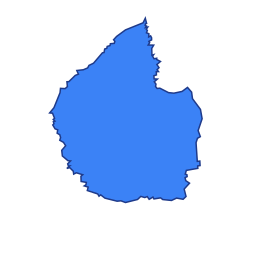 outline of Makueni, Eastern, Kenya, rotated 242°
{"feature_id": "3690345B23299491685856", "entity_name": "Makueni", "entity_type": "district", "adm_level": 2, "iso_a3": "KEN", "parent_name": "Kenya", "parent_adm1": "Eastern", "projection": "robinson", "projection_center": [37.731, -1.955], "detail": "medium", "context": "isolated", "style": "filled", "palette": "blue", "viewbox_px": 256, "rotation_deg": 242, "n_neighbors": 0, "source": "geoboundaries", "source_scale": "gbopen_adm2", "svg_char_len": 1878}
<svg xmlns="http://www.w3.org/2000/svg" viewBox="0 0 256 256"><g transform="rotate(242 128 128)"><path d="M60.4,102.9L61.6,107.2L58.7,110.2L58.4,112.8L55.1,113.2L55.3,117.6L53.2,117.6L51.0,124.0L48.5,125.1L43.6,132.4L43.3,138.0L39.2,143.2L40.3,147.1L47.7,148.9L50.4,156.4L54.4,154.3L57.4,155.1L57.3,157.4L59.1,158.1L60.4,156.9L63.2,159.6L59.6,170.7L61.8,171.7L61.0,174.0L65.1,175.9L66.0,173.5L83.1,181.2L86.3,184.5L86.4,187.8L92.8,188.7L101.4,197.8L110.4,200.7L123.6,198.7L129.8,201.0L135.9,199.6L134.9,192.9L137.2,184.9L140.2,180.4L148.2,174.8L149.2,172.3L151.7,171.8L153.6,173.3L156.5,172.9L157.4,176.9L159.1,174.1L162.0,175.4L161.5,178.0L164.4,179.4L163.5,181.4L165.8,181.0L166.7,183.7L170.5,183.3L171.5,187.9L175.0,185.5L176.1,186.1L176.9,183.5L179.9,183.4L180.7,185.0L181.0,183.3L187.1,186.3L189.1,189.6L191.8,184.8L193.2,187.2L194.7,187.1L194.7,190.2L196.6,191.2L198.7,191.2L198.7,189.0L201.4,190.7L203.4,189.0L205.1,190.9L206.6,190.5L207.8,192.8L208.5,190.6L209.3,192.2L210.5,191.3L211.8,192.3L211.6,193.5L216.8,194.8L213.8,190.7L215.8,171.8L214.2,160.9L212.7,156.7L210.7,157.1L209.2,155.6L210.7,152.0L209.2,150.8L209.8,147.9L208.3,146.7L208.7,144.5L205.9,142.3L206.4,140.7L201.4,128.0L201.6,122.9L200.0,120.6L200.4,115.9L202.8,109.8L198.8,109.5L199.2,106.1L196.7,97.6L197.5,95.8L193.0,93.9L192.3,91.0L194.7,87.0L191.1,84.6L180.7,72.2L178.1,65.9L176.5,68.3L171.0,67.7L170.7,66.0L168.4,66.7L168.7,65.1L166.5,64.6L166.0,63.0L161.5,63.2L159.4,65.1L156.7,63.0L154.0,64.6L151.2,64.0L149.2,62.0L145.6,64.3L141.6,64.6L139.4,59.0L134.1,56.9L127.4,59.6L125.9,61.8L124.7,57.9L122.4,57.5L121.9,58.7L121.0,55.0L120.4,57.9L115.5,59.4L112.8,58.4L112.7,61.4L108.0,66.1L107.5,63.8L102.8,61.5L99.5,65.7L97.6,64.2L97.4,62.2L94.5,65.1L91.9,62.7L84.0,70.3L81.4,70.4L81.8,72.5L76.9,74.7L68.5,84.0L67.0,87.6L63.4,90.8L60.4,102.9Z" fill="#3b82f6" stroke="#1e3a8a" stroke-width="1.5"/></g></svg>